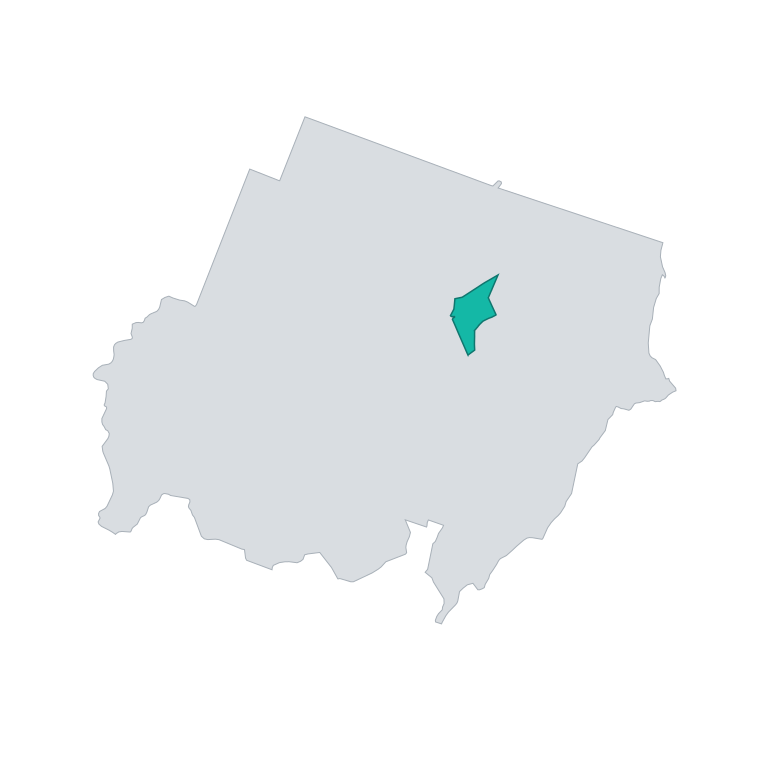 Merwoe, Northern, Sudan shown in context, rotated 19°
{"feature_id": "16777658B43097500879952", "entity_name": "Merwoe", "entity_type": "district", "adm_level": 2, "iso_a3": "SDN", "parent_name": "Sudan", "parent_adm1": "Northern", "projection": "orthographic", "projection_center": [32.145, 18.369], "detail": "fine", "context": "in_parent", "style": "filled", "palette": "teal", "viewbox_px": 768, "rotation_deg": 19, "n_neighbors": 0, "source": "geoboundaries", "source_scale": "gbopen_adm2", "svg_char_len": 5008}
<svg xmlns="http://www.w3.org/2000/svg" viewBox="0 0 768 768"><g transform="rotate(19 384 384)"><path d="M516.5,592.1L510.2,592.2L509.5,590.7L509.6,586.6L510.3,583.5L512.6,578.5L512.0,575.8L512.3,572.0L510.6,567.6L495.3,555.2L492.4,551.7L484.2,548.6L485.6,545.0L482.2,519.1L483.8,516.2L484.2,511.6L484.2,507.6L486.1,501.0L486.3,498.2L470.2,498.1L470.0,500.9L470.8,504.1L470.8,505.4L448.3,505.5L457.3,515.7L457.7,520.1L457.2,525.6L457.4,529.2L457.9,531.5L460.3,536.1L460.1,536.9L459.6,538.0L443.6,551.5L440.9,557.8L438.8,561.0L434.2,566.6L419.5,580.9L417.1,581.8L406.0,582.3L404.9,582.6L404.0,583.3L403.6,583.1L394.1,574.6L378.1,564.2L367.5,569.4L364.6,571.3L364.5,576.2L362.9,578.7L360.0,581.3L352.2,582.9L348.1,584.4L343.2,587.0L338.4,591.5L338.1,593.9L338.6,596.1L311.5,595.4L309.8,593.7L306.0,586.0L303.2,586.4L278.6,584.9L275.1,585.6L268.0,588.5L264.5,588.9L260.9,587.4L248.2,571.9L245.5,570.1L242.6,566.4L239.9,564.7L239.0,563.6L238.7,561.9L238.9,558.7L238.0,556.6L236.0,556.0L218.6,558.9L216.2,558.4L212.5,558.9L211.3,559.4L209.8,561.3L209.4,565.4L208.9,567.5L207.6,569.7L202.5,574.6L201.4,576.7L201.5,582.4L201.1,585.2L200.3,586.4L198.1,588.5L197.3,589.7L196.3,596.8L193.5,601.1L192.9,602.6L192.7,605.7L192.2,606.6L184.3,608.7L181.4,610.2L179.5,612.6L179.1,613.6L175.7,612.6L171.5,611.7L163.3,610.6L160.1,609.3L158.6,607.5L159.2,603.2L158.4,602.2L157.1,601.4L156.3,599.5L156.5,597.2L160.9,592.4L161.9,589.8L163.3,577.3L163.1,573.4L159.9,566.2L152.4,553.6L150.6,551.1L141.1,540.6L140.0,539.1L137.8,534.7L140.7,525.5L140.9,523.0L140.4,520.3L138.0,518.1L135.8,517.8L133.0,515.2L131.1,513.9L129.6,511.7L128.5,508.5L129.7,497.6L129.2,496.1L126.7,495.6L126.2,494.7L126.4,492.6L125.3,486.3L123.9,481.1L124.9,478.3L122.9,474.2L119.1,472.3L111.3,473.2L108.9,472.8L107.3,472.0L106.2,470.5L105.7,468.8L106.3,466.3L108.7,461.7L111.6,458.0L117.2,454.9L118.8,453.1L119.7,451.1L120.0,448.7L119.7,446.2L119.2,443.9L117.6,440.7L116.3,437.1L116.4,434.7L117.1,433.0L118.7,431.0L124.4,427.3L130.1,424.2L131.1,423.0L130.8,421.6L128.4,418.7L127.8,413.2L126.5,409.4L129.5,406.7L131.6,405.8L134.9,405.1L136.3,404.0L136.8,401.8L136.7,399.6L138.0,398.0L139.7,394.7L141.1,393.2L145.5,389.3L146.6,386.8L146.9,384.3L146.1,376.6L148.7,373.5L152.0,371.0L156.5,371.4L163.6,371.2L168.4,370.3L171.8,370.5L179.6,372.3L180.4,371.7L180.9,369.7L187.1,224.5L218.8,225.9L219.2,225.7L222.3,157.1L420.9,161.5L422.5,161.3L425.7,154.9L427.0,154.4L429.1,154.8L429.8,156.3L428.1,161.5L601.7,159.6L602.3,167.4L603.9,173.7L609.2,182.5L613.5,187.2L615.1,189.8L615.3,191.1L615.1,192.2L613.8,190.9L611.6,190.1L611.4,194.3L612.7,202.9L614.7,208.9L613.6,214.5L614.0,223.9L616.6,235.2L616.4,242.4L620.5,259.2L624.4,268.5L626.4,270.7L628.7,271.9L632.9,272.5L639.3,277.1L644.4,282.0L646.3,284.6L648.8,287.4L650.4,286.8L651.4,286.0L653.1,288.3L661.1,293.0L662.3,295.3L659.6,297.7L656.5,301.8L655.0,305.5L654.2,306.7L651.6,309.1L651.2,310.2L650.1,311.0L648.9,311.1L646.2,312.4L643.8,312.1L641.4,312.9L640.5,313.8L638.6,314.6L635.9,315.1L631.9,318.3L628.4,320.0L627.2,321.2L625.5,327.5L624.1,329.1L618.8,329.4L616.2,330.0L612.7,329.5L610.9,329.6L610.5,330.9L610.0,336.2L610.2,338.5L607.3,344.7L608.4,356.0L605.7,364.5L605.4,366.5L602.6,373.2L601.1,375.8L597.7,388.4L596.3,392.3L593.2,396.4L597.0,426.5L594.5,435.8L594.7,440.8L592.9,448.3L591.5,451.7L589.2,455.9L587.2,460.6L585.5,466.7L584.5,478.3L584.0,479.4L574.4,481.0L571.4,481.9L569.3,483.2L566.9,486.2L562.1,494.4L559.5,499.4L555.6,506.3L550.9,511.2L549.9,513.6L549.2,517.9L547.5,524.8L546.0,529.8L546.3,533.7L544.9,540.5L545.1,543.9L543.5,545.7L541.3,547.5L539.7,548.0L533.0,543.5L528.2,546.7L525.3,551.2L523.0,555.7L524.4,565.1L524.3,567.2L523.6,569.4L519.2,578.7L517.9,583.0L516.6,590.4L516.5,592.1Z" fill="#d9dde1" stroke="#a8b0b8" stroke-width="1"/><path d="M454.0,329.3L454.0,329.2L454.4,328.7L454.9,327.9L456.7,325.3L457.0,324.9L457.5,324.2L458.7,322.4L456.6,317.1L456.1,315.6L455.3,313.1L454.2,309.6L453.4,307.4L452.7,305.2L452.5,304.6L452.1,304.3L452.2,304.0L452.4,303.4L452.8,302.5L453.1,301.8L453.2,301.4L453.4,300.9L454.0,299.5L454.2,298.7L454.5,298.0L454.8,297.2L454.7,297.2L455.4,295.8L455.8,295.0L456.1,294.4L456.5,293.6L456.6,293.4L457.2,292.3L458.6,290.8L459.2,290.2L460.8,288.6L461.7,287.7L464.1,285.8L464.6,285.3L465.2,284.6L466.0,283.8L467.4,282.3L467.4,282.1L467.1,281.8L466.8,281.4L466.2,280.8L463.4,277.9L461.3,275.7L460.6,275.0L459.5,273.8L458.8,273.1L458.6,272.9L458.4,272.6L458.1,272.3L457.6,271.8L457.0,271.2L455.8,269.9L455.1,269.1L454.5,268.6L454.6,267.9L454.6,267.7L455.0,261.7L455.1,260.8L455.2,260.1L455.2,259.3L455.3,257.7L456.1,246.7L456.3,243.8L455.0,245.3L446.3,255.3L444.3,257.8L439.9,263.5L436.7,267.6L436.4,268.0L434.2,270.8L430.5,275.5L430.1,276.0L429.7,276.5L423.3,280.3L424.1,283.6L424.9,286.9L425.7,290.5L424.6,297.7L425.0,298.0L425.8,298.2L426.8,298.0L427.1,297.7L427.8,297.7L428.2,297.5L428.6,297.3L428.9,297.6L428.9,298.1L428.0,298.9L427.6,300.5L433.2,306.6L437.7,311.6L453.3,328.6L454.0,329.3Z" fill="#14b8a6" stroke="#0f766e" stroke-width="1.5"/></g></svg>